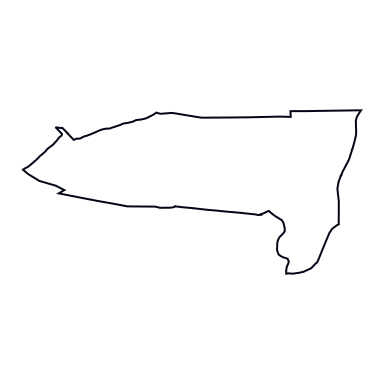 Pāvilosta, Pavilostas, Latvia (Natural Earth projection)
{"feature_id": "27541924B98324195645894", "entity_name": "Pāvilosta", "entity_type": "district", "adm_level": 2, "iso_a3": "LVA", "parent_name": "Latvia", "parent_adm1": "Pavilostas", "projection": "natural_earth1", "projection_center": [21.193, 56.882], "detail": "fine", "context": "isolated", "style": "outline", "palette": "ink", "viewbox_px": 384, "rotation_deg": 0, "n_neighbors": 0, "source": "geoboundaries", "source_scale": "gbopen_adm2", "svg_char_len": 2691}
<svg xmlns="http://www.w3.org/2000/svg" viewBox="0 0 384 384"><path d="M156.9,112.8L156.4,112.6L153.8,114.4L148.1,117.4L145.5,118.5L141.7,119.4L139.4,119.7L136.1,120.1L132.3,121.8L127.7,122.9L124.3,123.4L122.1,123.9L121.2,124.6L116.8,126.1L113.7,127.1L110.2,128.3L108.2,128.7L106.3,128.6L102.8,129.3L99.4,130.4L97.1,131.5L93.9,132.9L90.3,134.4L86.9,135.7L84.6,136.3L82.8,137.0L80.9,138.2L79.0,138.7L76.2,138.7L74.8,139.5L73.8,139.9L67.6,133.5L67.8,133.4L62.3,127.9L62.0,128.1L56.2,127.4L56.0,127.7L62.0,134.0L61.7,135.1L61.4,135.6L60.3,136.6L59.6,137.2L59.0,137.7L58.4,138.3L57.7,139.4L56.7,140.6L55.9,141.6L54.9,142.6L53.8,143.9L53.3,144.3L52.8,144.8L52.1,145.3L51.2,146.1L50.3,146.7L49.7,147.2L49.1,147.6L48.4,148.2L47.1,149.3L46.3,150.1L45.8,151.0L45.4,151.5L44.5,152.3L43.9,152.7L43.5,153.1L43.0,153.7L41.9,154.5L40.6,155.5L39.4,156.6L37.3,158.9L35.7,160.4L34.3,161.5L33.5,162.3L32.3,163.3L30.3,165.0L29.0,166.0L28.2,166.7L27.3,167.2L26.4,167.6L25.6,168.0L24.9,168.4L24.2,168.8L23.5,169.3L23.0,169.7L26.2,172.4L28.0,174.0L31.1,175.9L39.0,180.7L40.0,181.1L55.4,185.6L55.7,185.6L64.3,190.1L63.9,190.3L58.8,193.4L77.0,197.0L96.9,200.8L113.9,203.8L127.5,206.4L155.2,206.6L159.1,207.6L160.3,207.8L170.4,207.7L174.5,207.0L175.2,206.1L175.5,206.2L176.4,206.5L177.4,206.6L183.2,207.3L189.2,207.8L193.6,208.3L193.6,208.2L199.3,208.9L199.9,209.0L209.4,210.0L216.6,210.6L222.2,211.2L228.7,211.8L235.1,212.3L235.8,212.4L243.9,213.2L252.3,214.1L254.6,214.3L258.2,215.0L259.1,214.9L261.1,214.9L261.0,214.1L261.8,214.0L264.7,212.8L266.4,212.0L267.0,211.7L267.6,211.4L268.2,211.1L268.9,210.9L270.9,212.8L274.9,215.9L279.3,218.6L281.8,220.2L283.1,222.1L284.1,225.3L284.7,228.3L284.8,231.0L283.7,232.8L282.0,234.7L279.7,236.9L278.2,239.6L277.3,242.6L277.2,246.8L277.0,249.6L277.4,251.1L277.8,252.5L278.7,254.6L280.7,256.0L283.4,257.4L286.7,258.4L287.7,259.0L288.8,261.7L288.1,263.9L286.8,266.7L286.2,270.5L286.2,273.7L288.6,273.3L292.5,273.7L299.0,272.8L303.5,271.8L311.1,268.3L315.9,263.3L317.2,262.3L319.0,258.2L322.9,248.5L323.3,247.6L327.0,238.6L329.3,233.2L332.0,229.0L335.2,226.5L336.5,225.5L338.8,224.3L338.7,223.7L338.8,210.1L338.8,209.5L338.8,208.3L338.8,203.6L338.8,201.9L338.8,201.6L338.8,201.3L338.0,194.3L337.4,188.7L337.5,188.1L338.5,182.2L340.8,175.5L341.2,175.6L341.5,174.8L341.4,174.8L342.5,171.9L349.0,159.6L352.1,149.7L352.1,149.3L352.2,149.0L352.4,149.0L354.3,142.4L354.9,139.8L355.6,137.0L355.9,135.8L356.2,132.2L355.8,121.0L356.5,118.1L357.2,116.2L361.0,110.3L318.3,110.9L314.9,111.0L306.5,111.1L290.5,111.1L290.7,116.9L279.7,116.6L248.7,117.3L248.2,117.3L238.7,117.4L230.0,117.5L201.6,117.7L172.2,112.9L160.5,113.8L156.9,112.8Z" fill="none" stroke="#020617" stroke-width="2"/></svg>